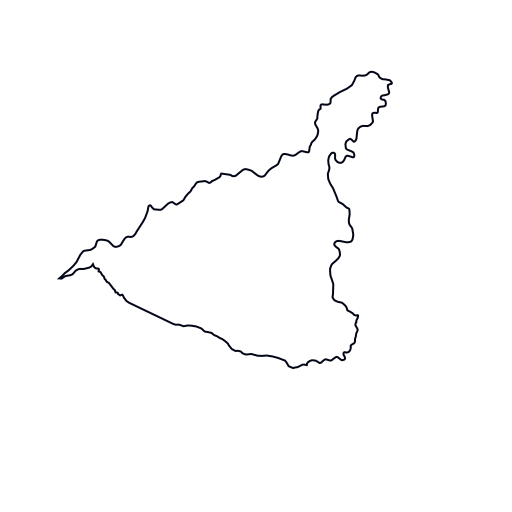 Arenal, Yoro, Honduras (Natural Earth projection), rotated 338°
{"feature_id": "27666195B63799157965046", "entity_name": "Arenal", "entity_type": "district", "adm_level": 2, "iso_a3": "HND", "parent_name": "Honduras", "parent_adm1": "Yoro", "projection": "natural_earth1", "projection_center": [-86.801, 15.351], "detail": "fine", "context": "isolated", "style": "outline", "palette": "ink", "viewbox_px": 512, "rotation_deg": 338, "n_neighbors": 0, "source": "geoboundaries", "source_scale": "gbopen_adm2", "svg_char_len": 6145}
<svg xmlns="http://www.w3.org/2000/svg" viewBox="0 0 512 512"><g transform="rotate(338 256 256)"><path d="M324.3,354.9L324.5,354.1L325.0,353.3L326.6,352.0L327.9,350.4L328.3,349.7L328.3,349.2L328.0,348.9L327.3,348.9L326.2,348.5L325.2,347.6L324.7,347.0L324.5,346.0L323.9,345.0L322.4,342.9L320.6,340.9L320.3,340.1L320.6,339.1L320.6,337.1L320.1,335.3L319.3,333.5L318.1,331.4L314.9,329.3L312.7,327.1L312.1,326.1L311.8,325.1L311.6,323.8L311.6,322.7L312.0,321.9L312.9,320.6L317.0,311.4L317.3,309.4L317.7,301.9L319.2,297.3L319.9,295.6L321.7,293.5L323.1,292.2L324.2,291.7L328.1,290.4L331.3,289.1L333.5,287.5L334.3,286.4L335.2,283.5L335.4,280.9L335.1,279.8L333.9,278.1L333.0,276.0L332.8,274.8L333.3,273.8L334.1,273.1L335.1,272.7L336.4,272.5L337.5,272.7L339.2,273.4L345.4,277.4L347.5,278.0L349.3,278.2L350.6,277.7L351.8,276.6L353.6,273.8L354.4,272.0L355.5,266.7L355.3,265.1L354.5,262.1L354.6,260.0L355.7,257.0L358.5,252.4L359.7,248.8L360.0,247.3L359.8,246.8L358.1,245.0L355.9,240.4L353.1,237.0L352.8,236.4L352.7,235.2L352.9,230.8L352.8,222.0L351.9,216.8L351.8,212.0L352.0,211.1L353.4,206.7L356.1,203.5L357.1,201.8L357.4,200.6L357.7,197.9L358.9,194.2L360.9,191.2L364.3,189.0L365.1,188.9L365.8,189.0L366.5,189.3L367.0,189.7L367.4,190.4L367.5,191.2L365.8,195.4L365.7,196.7L366.8,199.5L368.4,200.9L369.8,201.5L371.9,201.2L373.5,200.2L376.2,197.6L377.5,197.1L378.3,197.3L379.3,197.9L382.8,200.8L383.6,201.0L384.4,200.3L385.0,199.2L385.2,197.9L385.1,196.6L384.8,196.0L383.5,194.5L380.4,191.5L379.9,190.5L379.7,189.7L380.8,185.8L382.5,183.7L385.4,182.7L387.1,182.6L387.9,183.4L389.4,186.6L389.9,186.8L391.1,186.5L392.2,185.8L393.1,184.8L396.6,178.2L397.8,176.7L398.9,176.0L400.5,175.4L402.5,175.2L404.3,175.6L408.3,177.4L410.9,177.3L413.7,176.1L414.8,175.3L416.3,169.2L416.8,168.1L417.4,167.5L418.1,167.3L419.0,167.4L420.3,167.9L421.3,168.6L421.9,168.7L422.6,168.4L423.0,167.9L424.2,165.4L424.7,164.7L425.4,164.3L426.2,164.1L427.3,164.2L430.0,165.0L431.2,165.2L431.9,165.1L432.6,164.8L433.5,163.4L433.9,161.8L434.0,160.6L433.3,159.2L431.7,158.3L431.0,157.5L430.6,156.6L431.1,155.6L431.9,154.9L433.1,154.6L434.0,154.7L435.3,155.1L438.7,155.5L440.0,155.1L440.5,154.7L440.9,153.9L441.3,149.4L442.3,147.0L443.8,146.8L446.1,147.1L446.7,146.7L446.8,146.2L446.5,144.7L445.8,143.1L442.1,140.7L439.8,139.6L439.0,138.9L437.4,136.7L437.2,133.9L436.9,133.0L434.9,130.5L433.3,129.1L431.9,128.4L430.4,128.2L429.2,128.4L427.3,129.3L424.8,129.5L422.2,128.7L418.9,127.0L417.1,126.9L416.2,127.2L415.1,127.8L412.9,130.2L408.9,133.5L403.1,134.9L395.6,135.4L388.4,136.5L386.0,137.1L384.1,138.3L382.7,141.4L382.2,142.1L381.7,142.4L380.6,142.6L379.0,142.5L377.3,141.8L374.4,140.3L373.4,140.0L372.7,140.2L372.1,140.8L371.2,143.4L370.5,143.8L369.5,143.9L368.8,144.2L367.5,145.6L365.7,148.6L364.3,151.6L361.1,153.8L360.7,154.4L360.4,155.4L360.3,156.6L360.9,160.7L360.8,162.4L360.3,163.9L358.7,166.4L357.5,167.7L355.0,169.5L353.5,170.3L351.2,171.1L349.7,172.0L348.6,173.4L346.8,174.8L344.6,178.6L344.1,179.2L343.6,179.4L342.4,179.1L338.6,176.4L337.2,175.7L335.0,175.9L330.6,177.0L329.1,177.1L328.0,176.9L326.2,176.0L323.6,173.9L321.5,172.5L320.2,171.9L319.1,171.8L317.8,172.3L316.7,173.1L310.9,179.0L308.8,179.6L303.7,180.3L301.1,181.0L299.0,181.9L294.4,184.6L292.9,185.0L290.6,184.5L289.0,183.4L287.6,181.8L283.9,175.4L281.4,173.2L279.2,171.7L277.7,171.2L275.9,171.3L267.3,174.0L266.3,174.0L264.4,173.3L263.7,172.7L263.0,171.6L262.5,171.1L254.8,166.6L253.9,167.2L253.0,168.5L251.6,169.3L245.5,170.1L243.4,170.0L241.7,170.7L240.4,170.8L239.9,170.7L237.7,168.1L236.7,167.4L230.9,165.8L229.0,165.6L227.3,166.4L224.8,168.2L222.4,169.2L219.4,171.6L216.7,172.6L213.0,174.5L209.4,177.2L202.1,178.6L201.5,178.4L200.8,177.9L198.8,174.8L197.0,174.2L194.1,174.5L186.4,177.4L185.5,177.5L184.2,177.2L178.9,174.5L177.9,172.3L177.3,169.9L176.7,169.3L176.1,169.2L175.4,169.4L174.7,170.0L172.3,173.8L167.4,179.2L163.8,182.1L154.4,188.7L152.6,190.2L150.3,191.4L148.9,191.7L147.7,191.6L146.6,191.3L144.9,190.2L143.7,190.0L142.7,190.0L141.5,190.4L140.1,191.1L134.7,195.1L132.4,195.5L130.0,195.2L128.6,194.6L127.5,193.4L125.0,187.4L123.6,185.8L121.4,184.3L118.9,183.0L117.0,182.4L115.5,182.3L114.5,182.6L113.8,183.1L110.4,187.2L106.9,188.1L104.7,188.3L98.6,186.8L97.2,187.0L93.4,189.2L87.4,194.3L83.0,196.7L76.9,199.1L72.5,200.2L67.9,202.2L65.2,203.1L67.2,204.1L71.7,203.2L76.3,204.2L78.3,204.3L79.3,204.1L83.5,202.0L86.1,201.7L87.9,202.0L90.1,203.0L92.0,203.6L97.0,204.3L99.4,204.0L101.8,202.5L101.7,205.0L102.4,206.8L103.3,207.8L105.1,208.6L105.4,209.0L105.3,209.6L104.3,211.3L105.5,212.3L105.8,212.9L106.3,216.1L107.2,217.9L107.1,220.8L107.6,221.6L108.0,224.1L109.3,225.5L109.7,226.3L111.4,232.8L112.3,234.8L112.4,235.6L112.1,236.4L112.2,237.2L113.9,238.1L114.0,238.8L113.9,239.8L114.7,240.7L115.1,241.5L115.5,241.7L117.1,241.7L117.5,241.8L117.9,243.3L117.9,245.6L118.3,246.2L119.0,249.1L120.8,251.8L154.2,288.4L155.7,289.5L159.0,290.9L162.6,294.0L166.9,294.9L170.4,296.6L172.4,297.9L173.9,298.7L177.9,302.4L178.7,303.7L179.7,306.0L180.4,307.0L182.9,308.5L186.0,310.7L187.5,313.6L189.6,315.6L192.1,318.9L193.6,320.4L195.1,322.7L197.1,326.5L197.3,328.5L198.6,333.0L201.3,336.3L203.9,337.2L205.9,338.7L206.4,339.3L206.6,340.3L207.2,341.2L208.3,342.4L209.4,343.3L210.9,344.0L214.8,345.0L220.2,349.1L224.2,350.9L228.7,352.3L234.1,355.6L238.3,358.8L243.7,363.8L244.4,366.1L245.0,370.4L248.4,373.8L249.7,373.9L252.9,374.6L258.7,374.2L260.1,374.8L262.2,376.2L263.0,374.8L264.7,373.9L266.7,373.5L268.8,373.6L269.5,373.9L272.2,375.4L273.5,377.1L274.4,378.5L275.2,379.2L276.6,379.2L279.9,378.0L281.3,377.8L282.2,378.0L285.1,380.4L286.5,381.0L287.5,380.9L289.6,380.2L290.3,380.1L291.9,379.7L292.9,379.7L293.4,380.0L293.9,380.6L296.3,384.6L297.6,385.1L299.2,385.1L299.9,384.7L300.4,383.8L300.5,383.1L300.2,380.3L300.5,379.3L301.2,378.5L301.7,378.3L302.3,378.4L303.4,379.3L304.4,379.6L305.5,379.7L306.5,379.5L307.7,378.8L308.7,377.8L309.6,376.4L310.0,375.0L310.5,374.4L311.3,374.1L314.0,373.7L314.7,373.4L315.4,372.8L316.0,371.8L316.6,370.2L318.4,368.0L319.9,365.4L321.8,363.6L322.4,362.8L322.7,362.0L322.7,360.8L322.2,357.5L323.0,355.9L323.8,355.1L324.3,354.9Z" fill="none" stroke="#020617" stroke-width="2"/></g></svg>